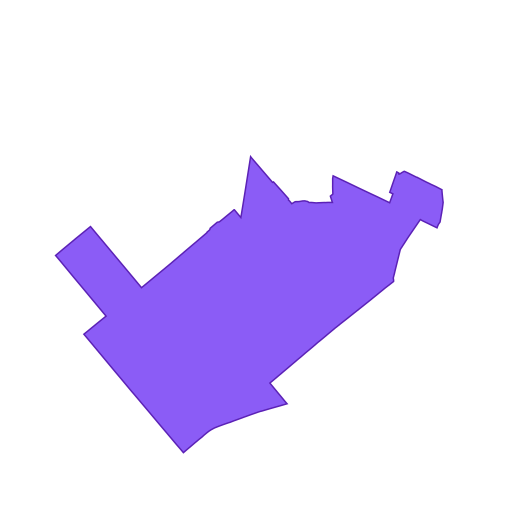 Gheorghe Lazar, Ialomita, Romania, rotated 229°
{"feature_id": "2599482B83475283198024", "entity_name": "Gheorghe Lazar", "entity_type": "district", "adm_level": 2, "iso_a3": "ROU", "parent_name": "Romania", "parent_adm1": "Ialomita", "projection": "robinson", "projection_center": [27.442, 44.628], "detail": "fine", "context": "isolated", "style": "filled", "palette": "violet", "viewbox_px": 512, "rotation_deg": 229, "n_neighbors": 0, "source": "geoboundaries", "source_scale": "gbopen_adm2", "svg_char_len": 2978}
<svg xmlns="http://www.w3.org/2000/svg" viewBox="0 0 512 512"><g transform="rotate(229 256 256)"><path d="M309.9,74.8L309.7,74.8L298.3,74.6L261.2,73.8L254.9,73.7L234.9,73.3L232.8,73.3L232.1,73.3L210.7,73.0L193.4,72.7L178.5,72.5L165.9,72.3L160.5,72.3L155.2,72.2L155.2,74.9L155.2,77.4L155.1,84.6L155.1,87.1L155.0,89.9L155.0,92.4L154.9,94.4L154.8,96.6L154.9,99.3L154.8,103.5L154.6,106.2L154.4,107.4L154.3,108.2L154.1,109.0L153.8,110.5L153.4,112.1L152.2,115.5L151.5,117.4L149.9,121.6L148.2,125.8L147.5,127.3L145.9,131.8L145.6,132.5L144.7,134.9L144.1,136.4L143.3,138.5L142.8,139.8L142.3,141.2L141.3,143.7L140.7,145.3L139.5,148.4L138.7,150.4L137.3,153.9L136.8,155.2L135.9,157.3L135.0,159.0L133.2,163.0L131.3,167.1L128.9,172.2L127.0,176.2L124.2,182.3L124.1,182.5L126.8,182.5L143.2,182.9L151.0,183.1L150.7,202.6L150.6,210.7L150.5,220.4L150.4,223.6L150.4,229.4L150.4,229.7L150.2,239.0L150.2,246.1L150.1,248.2L150.0,251.5L149.9,257.9L149.7,269.0L149.6,270.1L149.4,275.7L149.1,281.2L148.6,292.9L147.7,313.4L147.6,316.8L147.1,332.7L146.5,343.1L146.9,343.5L147.6,344.1L149.1,345.0L149.6,345.5L150.4,346.7L151.1,347.7L151.9,348.9L153.8,351.5L166.2,369.1L166.7,370.6L167.0,371.8L167.5,373.4L168.1,375.6L170.2,382.8L175.7,403.9L173.0,404.9L170.2,406.1L167.9,407.1L163.9,408.8L158.5,411.1L159.6,413.1L160.2,414.5L160.3,414.7L160.9,417.2L166.3,423.8L166.4,424.0L167.6,425.4L169.3,427.5L171.8,430.3L173.7,432.4L175.2,433.4L177.9,435.3L181.0,437.5L183.6,439.4L184.0,439.8L190.6,437.2L195.7,434.9L196.0,434.8L197.0,434.4L199.7,433.2L204.4,431.3L206.5,430.5L208.9,429.5L209.6,429.3L209.9,429.0L210.2,428.8L218.7,425.3L222.4,423.6L222.7,423.4L223.2,421.1L223.5,418.9L223.8,417.8L224.1,417.5L224.5,417.6L224.9,418.2L226.9,417.5L227.1,417.4L225.1,414.0L222.2,408.9L216.3,398.7L213.1,400.1L208.5,391.8L220.6,386.6L227.8,383.4L239.9,378.1L252.0,372.9L265.9,366.8L264.2,364.7L260.6,361.6L257.9,359.2L252.4,354.7L252.3,354.4L252.3,354.2L252.4,351.4L246.6,348.9L246.3,348.8L247.1,347.9L249.2,345.5L249.9,344.6L250.9,343.3L251.6,342.6L254.2,339.3L255.7,337.4L256.6,336.2L259.7,333.3L261.2,331.6L261.4,331.3L261.6,331.1L261.8,331.0L262.1,331.0L262.4,331.0L262.8,330.8L263.5,330.6L263.8,330.3L265.0,329.4L265.5,329.1L266.0,328.5L267.1,327.1L268.4,324.9L269.3,323.6L270.4,322.3L271.0,321.6L271.4,320.7L271.7,318.9L271.9,317.7L272.0,317.3L275.6,317.4L276.9,317.2L277.6,317.8L277.9,318.1L289.1,318.0L300.4,317.8L300.5,317.3L300.7,316.8L332.8,317.0L334.5,317.1L311.0,289.1L303.0,279.5L297.1,272.4L295.0,269.8L304.2,270.0L305.1,270.0L305.3,269.8L305.3,269.6L305.3,267.1L305.5,260.4L305.6,255.6L305.8,250.9L306.0,250.4L306.8,249.1L306.9,248.9L307.0,239.6L306.3,238.6L306.1,238.0L306.1,236.4L306.1,235.0L306.1,234.6L305.8,234.3L305.8,234.1L305.8,231.1L306.1,206.7L306.3,185.7L307.0,156.2L307.2,148.8L307.5,148.8L320.3,149.1L377.6,150.2L386.8,150.4L387.4,131.8L387.8,113.0L387.9,105.1L380.3,105.0L360.5,104.5L345.5,104.2L309.0,103.4L309.3,94.7L309.9,74.8Z" fill="#8b5cf6" stroke="#5b21b6" stroke-width="1.5"/></g></svg>